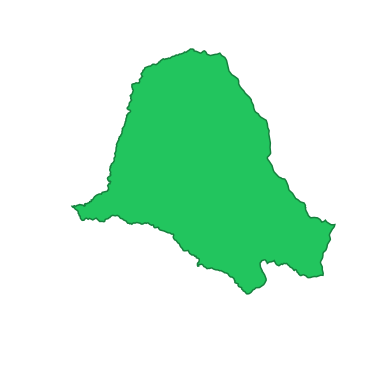 El Tablón De Gómez, Nariño, Colombia, rotated 334°
{"feature_id": "7082276B75736959401017", "entity_name": "El Tablón De Gómez", "entity_type": "district", "adm_level": 2, "iso_a3": "COL", "parent_name": "Colombia", "parent_adm1": "Nariño", "projection": "orthographic", "projection_center": [-77.003, 1.402], "detail": "fine", "context": "isolated", "style": "filled", "palette": "green", "viewbox_px": 384, "rotation_deg": 334, "n_neighbors": 0, "source": "geoboundaries", "source_scale": "gbopen_adm2", "svg_char_len": 6018}
<svg xmlns="http://www.w3.org/2000/svg" viewBox="0 0 384 384"><g transform="rotate(334 192 192)"><path d="M277.9,79.4L274.9,79.2L273.3,78.5L268.3,77.4L265.9,74.8L265.8,72.4L265.5,71.4L265.0,70.6L263.9,70.4L261.6,71.0L260.4,70.9L257.7,67.6L255.8,66.2L256.0,64.8L255.6,64.6L255.5,64.0L253.2,62.8L250.9,63.4L249.7,63.4L248.0,63.9L246.6,62.9L245.4,63.4L242.4,63.1L241.1,62.5L239.4,62.9L238.0,62.0L236.9,61.9L235.9,62.3L233.9,61.6L232.2,61.8L230.8,62.2L229.5,61.3L227.9,61.4L227.2,60.8L225.6,60.9L224.7,59.8L224.2,59.7L220.9,60.3L220.0,61.0L219.1,60.7L218.5,61.3L215.5,61.8L213.7,60.4L212.6,60.0L209.8,60.7L208.6,60.1L204.2,59.7L202.7,61.1L201.3,61.2L200.6,62.2L200.0,62.7L198.2,63.3L197.9,63.9L198.1,66.4L196.9,66.6L196.0,67.4L194.1,67.8L193.3,69.9L192.5,70.7L192.0,70.4L191.3,70.6L190.2,69.7L189.2,69.3L188.2,69.5L186.4,69.0L185.2,69.0L184.0,71.3L184.0,72.5L183.6,73.4L183.9,74.4L183.7,75.0L181.3,77.5L178.7,78.3L178.6,78.6L179.2,79.1L177.8,81.3L178.0,82.9L174.6,84.6L173.5,86.5L172.5,87.3L170.9,87.8L170.6,88.2L170.3,88.7L170.7,89.4L170.8,90.1L172.0,91.0L172.3,91.8L172.3,92.4L171.2,93.1L169.0,93.3L167.9,94.4L166.9,94.3L166.3,95.9L164.8,97.2L163.5,99.4L162.7,99.7L162.1,100.8L160.9,101.8L160.4,102.8L157.0,104.6L156.8,105.7L155.6,106.9L155.0,108.2L154.2,109.0L153.0,109.6L152.4,110.4L151.0,110.5L150.7,111.2L149.6,111.8L149.2,113.1L148.5,113.3L144.9,116.2L144.5,117.8L143.5,118.5L141.5,122.0L139.4,123.6L139.2,125.3L138.6,126.5L136.8,127.4L135.8,129.9L133.9,131.0L131.7,131.6L131.1,132.6L130.4,132.8L129.4,133.6L129.7,134.1L128.0,135.6L127.6,136.8L127.7,138.1L127.3,139.1L126.3,139.9L126.2,140.6L126.5,140.9L126.1,141.5L125.5,141.7L124.8,141.6L122.7,142.1L122.0,142.7L121.8,144.0L121.8,145.0L122.3,145.7L122.1,146.2L123.3,146.5L123.4,147.2L122.6,147.5L121.9,148.6L120.8,148.2L119.0,149.3L118.9,151.2L118.0,153.3L117.3,153.3L116.6,153.9L116.1,154.1L111.1,153.0L109.6,154.2L109.1,153.7L107.6,153.1L104.8,153.0L102.2,153.6L99.2,155.4L98.0,155.0L97.4,156.3L95.8,155.8L95.2,156.6L93.5,156.3L92.2,156.4L91.4,155.8L90.5,155.7L90.1,156.1L90.1,157.2L89.7,157.5L88.9,157.4L88.2,155.9L87.2,155.4L86.5,154.6L85.8,154.4L85.3,153.9L84.0,154.0L82.9,153.6L81.2,153.9L80.3,152.8L79.7,152.7L79.1,153.0L77.9,152.3L77.9,152.5L78.4,153.7L79.4,154.6L79.5,156.1L80.4,157.5L81.1,159.2L81.1,159.8L80.4,161.3L80.7,162.4L80.3,163.9L80.9,164.7L80.2,166.5L80.6,168.8L81.0,169.4L82.5,170.0L84.2,169.2L85.2,169.1L85.8,169.4L86.7,171.0L88.4,170.8L90.6,173.6L93.4,173.4L94.5,173.6L96.1,178.0L98.5,179.1L99.8,180.1L100.6,180.1L101.9,178.7L103.3,178.7L104.7,179.2L106.0,178.8L107.1,178.9L108.0,178.3L109.9,178.1L110.7,178.3L112.6,179.8L114.5,180.2L115.7,181.7L116.0,183.6L116.3,184.4L117.8,185.7L118.2,187.1L120.0,189.1L120.5,191.8L121.7,192.5L122.2,193.4L123.2,193.4L123.8,194.6L125.7,194.1L127.2,195.0L129.0,195.2L131.8,197.4L132.2,198.4L132.9,198.9L133.9,199.2L136.3,199.1L137.0,200.1L138.4,200.2L139.0,200.6L140.0,202.7L141.2,204.2L142.5,204.4L142.8,204.8L142.4,206.6L142.7,207.6L143.3,208.0L145.8,208.7L146.3,209.1L146.4,209.5L146.0,210.2L146.6,212.1L149.8,214.8L152.5,218.1L154.2,219.1L155.1,220.8L156.7,221.7L156.7,222.7L155.4,224.2L155.2,225.1L155.4,227.3L156.5,228.6L157.1,231.8L157.9,232.7L157.7,236.1L158.5,238.6L158.5,240.8L159.5,241.6L162.9,242.9L163.0,246.3L163.4,246.7L164.1,248.4L165.9,249.4L166.3,250.9L167.5,251.6L167.1,252.7L167.1,253.1L168.3,254.1L169.0,255.2L168.9,255.9L168.1,257.3L167.4,257.8L165.7,258.5L164.8,260.1L164.7,261.2L165.6,261.5L166.0,260.7L166.5,260.4L169.1,261.2L169.8,262.3L170.0,264.2L171.2,265.6L171.9,267.5L173.4,267.9L174.2,268.4L175.8,268.6L176.6,269.0L177.5,270.6L179.2,272.3L181.1,273.4L182.5,275.0L183.7,275.4L184.7,277.0L185.4,277.6L185.7,278.7L187.2,279.7L188.4,281.1L188.7,283.5L189.3,285.1L190.9,286.2L191.8,288.2L191.5,289.5L191.7,290.9L191.0,291.6L191.0,292.5L193.2,294.7L193.2,295.0L192.5,296.0L192.5,297.3L192.9,297.9L194.7,299.7L194.2,300.6L194.2,301.3L194.7,302.1L194.7,303.3L195.8,304.7L196.4,307.4L197.4,307.8L197.5,308.1L199.1,308.4L201.0,308.1L204.2,306.6L205.4,306.8L207.5,306.1L210.6,307.4L211.2,307.4L215.8,306.7L217.5,305.7L219.9,303.9L220.5,302.6L220.9,298.4L220.6,295.0L220.1,294.4L220.6,293.7L220.6,289.6L221.7,286.3L222.3,285.5L223.6,285.0L224.6,284.3L227.4,284.7L228.0,285.1L228.5,286.3L228.2,287.2L228.6,287.9L228.4,289.2L231.0,288.8L232.4,289.5L233.7,289.6L234.4,289.9L235.8,289.6L235.9,292.9L236.2,294.4L237.8,296.4L240.8,295.9L241.6,296.8L243.3,296.4L244.6,297.4L245.8,297.7L246.4,299.8L247.0,300.8L247.2,302.2L248.8,304.5L249.3,307.1L249.8,307.5L250.7,306.9L251.4,307.5L251.6,308.3L251.4,310.4L252.0,311.4L252.0,312.6L252.7,314.5L253.4,314.9L255.2,315.0L256.0,315.3L257.8,317.5L258.0,318.5L258.7,319.8L260.6,320.7L263.3,321.1L265.2,321.7L266.8,322.7L271.3,323.2L273.2,324.3L274.3,322.5L275.0,319.0L276.1,316.8L276.3,316.1L276.3,312.6L276.7,311.4L277.3,310.7L280.0,308.8L280.7,308.1L282.0,306.2L282.7,304.6L284.1,303.7L286.4,303.1L287.2,302.6L289.0,300.9L290.7,298.5L295.1,295.7L295.6,295.2L296.0,293.8L296.4,291.5L296.8,290.6L297.5,289.9L302.0,286.8L303.7,286.1L304.8,285.4L306.1,283.9L304.5,283.4L302.6,282.3L300.0,278.1L299.5,275.8L298.1,276.3L295.5,276.0L295.0,272.8L293.5,270.3L290.6,268.4L287.6,267.3L287.0,266.8L286.9,265.7L286.4,264.9L286.2,263.9L286.4,262.7L286.3,258.1L286.7,256.7L287.4,255.8L287.2,255.4L287.3,254.9L288.1,253.7L287.9,251.0L285.1,248.4L283.8,245.3L282.3,243.3L281.8,237.3L280.2,233.3L280.1,232.2L281.1,228.3L281.4,223.3L281.1,221.6L281.0,221.0L278.8,219.5L278.2,218.3L277.0,217.1L276.5,216.3L274.6,210.0L274.6,208.1L275.5,203.3L274.8,197.8L274.4,196.1L274.5,194.6L275.3,193.6L277.1,193.1L279.4,191.9L280.0,190.8L281.6,186.3L283.9,182.3L286.5,173.3L288.2,170.7L288.3,167.3L289.6,163.7L290.1,160.1L286.6,154.8L285.9,152.6L285.9,151.0L284.3,148.3L283.9,146.6L284.3,143.5L285.2,140.9L285.1,136.9L285.7,134.9L285.2,132.1L283.1,126.5L282.8,123.4L282.3,122.2L281.4,118.7L281.3,115.4L282.6,112.6L282.8,110.4L280.9,106.7L279.2,104.0L278.3,99.4L280.7,89.0L280.6,86.5L280.4,85.3L278.5,82.4L277.9,79.4Z" fill="#22c55e" stroke="#15803d" stroke-width="1.5"/></g></svg>